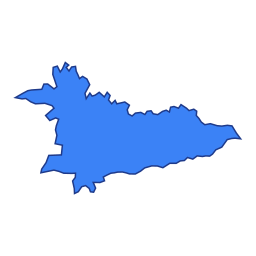 the district of Pinhal de São Bento, Paraná, Brazil
{"feature_id": "56859067B18957785190727", "entity_name": "Pinhal de São Bento", "entity_type": "district", "adm_level": 2, "iso_a3": "BRA", "parent_name": "Brazil", "parent_adm1": "Paraná", "projection": "robinson", "projection_center": [-53.481, -26.012], "detail": "fine", "context": "isolated", "style": "filled", "palette": "blue", "viewbox_px": 256, "rotation_deg": 0, "n_neighbors": 0, "source": "geoboundaries", "source_scale": "gbopen_adm2", "svg_char_len": 1763}
<svg xmlns="http://www.w3.org/2000/svg" viewBox="0 0 256 256"><path d="M52.8,74.4L56.9,86.7L54.0,88.9L47.7,84.0L43.9,84.1L41.8,89.3L31.5,90.0L27.8,90.7L22.7,93.4L15.4,97.6L22.0,98.9L25.9,98.5L30.7,101.8L35.4,103.8L44.9,103.3L52.0,105.6L54.0,108.2L45.6,115.5L49.8,120.5L55.7,117.9L58.7,119.2L56.3,125.9L55.5,129.9L56.9,135.3L55.1,143.7L62.4,145.2L61.4,154.9L48.8,155.4L46.1,162.6L41.7,169.1L40.9,172.8L53.9,170.1L59.0,171.4L63.7,173.2L71.8,173.4L75.5,173.2L75.3,177.4L72.6,181.0L74.3,188.6L74.5,193.5L78.3,191.7L81.7,186.7L85.6,185.6L89.2,188.4L90.5,191.8L93.6,192.2L95.6,188.1L93.2,182.4L100.0,182.5L104.5,180.8L103.3,177.0L106.7,175.2L110.9,173.2L114.4,172.8L117.6,172.1L122.4,172.0L126.3,172.9L129.4,173.9L135.3,174.0L140.5,171.2L144.7,167.9L151.7,165.9L157.4,166.0L162.9,167.7L169.8,163.3L176.2,163.3L180.3,160.9L184.4,160.5L187.5,157.5L192.8,159.1L197.2,155.9L202.5,156.5L205.7,155.9L209.7,156.1L212.5,154.1L215.8,149.8L221.8,147.1L227.2,139.6L231.6,138.5L235.1,138.2L240.6,138.8L236.3,133.0L232.0,125.9L227.4,125.3L221.8,126.1L217.2,125.7L210.4,123.7L204.8,124.7L201.3,122.1L198.9,118.4L196.3,115.5L196.7,111.2L193.8,109.2L189.0,110.6L186.5,108.2L181.0,104.6L178.5,108.2L174.0,106.5L170.6,107.2L169.4,112.0L166.2,110.2L162.5,111.4L157.8,114.6L153.2,113.8L151.1,110.8L147.1,111.3L144.9,114.5L140.8,112.4L135.4,113.1L132.1,116.0L128.4,114.0L127.2,109.8L129.4,105.2L124.8,102.0L120.0,103.1L116.8,103.8L115.1,100.4L111.7,103.8L108.5,100.0L110.1,95.5L107.2,92.3L104.3,96.9L99.2,92.3L95.3,95.1L92.1,96.1L89.9,93.1L86.2,98.7L85.0,93.3L89.7,84.7L86.9,79.0L82.6,76.4L79.5,78.6L77.9,74.8L76.2,71.2L75.5,66.4L71.6,67.0L69.0,71.0L66.2,67.4L68.7,65.1L65.3,62.5L62.4,69.0L60.2,72.0L57.3,66.1L53.2,67.4L52.8,74.4Z" fill="#3b82f6" stroke="#1e3a8a" stroke-width="1.5"/></svg>